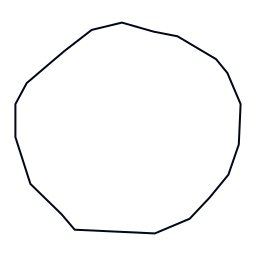 Nakhchivan City, Naxçıvan, Azerbaijan
{"feature_id": "54616110B79262118902245", "entity_name": "Nakhchivan City", "entity_type": "district", "adm_level": 2, "iso_a3": "AZE", "parent_name": "Azerbaijan", "parent_adm1": "Naxçıvan", "projection": "natural_earth1", "projection_center": [45.413, 39.213], "detail": "fine", "context": "isolated", "style": "outline", "palette": "ink", "viewbox_px": 256, "rotation_deg": 0, "n_neighbors": 0, "source": "geoboundaries", "source_scale": "gbopen_adm2", "svg_char_len": 383}
<svg xmlns="http://www.w3.org/2000/svg" viewBox="0 0 256 256"><path d="M143.3,28.7L121.9,22.6L91.7,29.9L64.4,51.0L44.6,67.8L26.7,83.1L15.4,104.1L15.4,137.1L30.4,183.9L61.5,214.2L74.7,229.7L154.3,233.4L154.9,233.4L189.7,218.7L209.5,197.7L228.4,174.7L238.8,144.5L240.6,104.1L227.4,73.0L216.1,59.2L177.5,36.3L153.9,31.7L143.3,28.7Z" fill="none" stroke="#020617" stroke-width="2"/></svg>